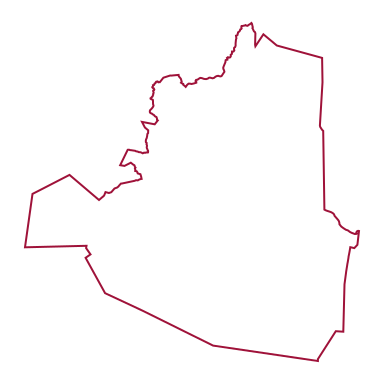 outline of Santiago Laollaga, Oaxaca, Mexico
{"feature_id": "50627088B88558586177583", "entity_name": "Santiago Laollaga", "entity_type": "district", "adm_level": 2, "iso_a3": "MEX", "parent_name": "Mexico", "parent_adm1": "Oaxaca", "projection": "mercator", "projection_center": [-95.271, 16.634], "detail": "fine", "context": "isolated", "style": "outline", "palette": "rose", "viewbox_px": 384, "rotation_deg": 0, "n_neighbors": 0, "source": "geoboundaries", "source_scale": "gbopen_adm2", "svg_char_len": 4005}
<svg xmlns="http://www.w3.org/2000/svg" viewBox="0 0 384 384"><path d="M263.4,34.3L255.4,46.3L255.1,44.8L255.4,33.3L254.9,32.0L254.0,31.4L253.5,30.4L253.0,29.2L252.4,28.1L252.8,27.2L252.4,25.8L252.2,24.9L252.0,23.9L251.4,23.0L249.8,24.3L248.6,24.9L247.6,25.8L246.2,25.6L245.6,25.1L244.7,25.5L243.2,25.8L242.5,26.0L241.6,26.0L241.3,27.0L241.6,28.5L241.1,29.1L240.2,29.5L240.0,30.5L239.4,31.4L238.6,32.0L238.0,32.4L238.0,33.0L237.6,34.0L237.6,34.8L237.4,35.0L236.8,35.5L236.0,35.7L236.2,37.1L236.4,38.5L236.0,39.3L235.8,41.3L235.6,43.3L235.6,44.7L235.6,45.7L235.1,47.1L234.2,47.7L234.0,49.0L234.3,50.5L233.5,51.5L232.0,51.5L231.9,53.9L230.7,54.8L230.8,56.2L230.2,57.3L229.1,57.6L227.9,57.2L227.0,57.9L227.5,58.9L227.4,59.7L226.4,59.8L225.7,60.1L225.5,61.0L225.4,62.2L223.6,66.5L223.2,67.9L223.5,69.3L224.0,70.2L224.4,71.8L223.3,73.4L221.6,76.0L220.7,76.4L219.3,76.2L218.2,75.8L216.7,76.1L215.5,76.7L214.0,77.9L212.6,78.3L211.0,77.9L209.9,77.6L208.9,77.8L207.8,78.6L206.1,79.1L204.0,78.9L201.8,78.1L200.2,77.9L198.7,78.8L197.5,79.7L196.1,79.9L195.6,80.7L195.6,81.3L196.3,81.9L196.3,82.7L195.3,83.0L194.1,83.4L192.8,83.7L191.5,84.0L190.2,83.7L188.5,83.7L187.2,84.8L185.7,86.9L184.9,86.1L183.2,84.7L183.2,83.9L182.2,83.5L181.0,82.7L181.7,81.7L181.1,79.6L180.8,78.7L179.9,77.6L178.8,76.3L178.6,74.9L171.1,75.6L170.2,75.5L163.4,77.7L159.8,82.2L159.0,82.1L158.4,82.3L157.7,81.5L157.2,81.4L156.8,81.8L156.1,81.8L155.6,82.5L155.5,83.1L154.5,83.6L154.3,84.6L154.1,84.9L153.0,85.2L153.1,85.7L152.9,86.3L152.7,86.8L152.4,86.9L152.3,87.4L153.1,88.2L153.7,88.3L154.3,89.5L154.0,90.2L153.2,90.6L153.2,91.4L153.6,92.3L153.6,93.0L153.2,93.6L153.2,94.8L152.8,95.3L152.8,95.9L152.3,96.8L151.8,97.0L151.1,97.9L150.5,98.3L150.6,98.8L151.4,99.3L152.5,99.6L152.8,99.8L153.0,100.8L153.0,101.9L153.0,103.0L153.1,104.3L153.4,105.2L153.5,105.8L153.1,106.7L152.5,107.6L151.7,108.6L151.2,109.1L150.1,110.2L149.8,111.1L149.9,112.3L150.5,113.1L151.9,113.6L152.6,114.3L153.8,114.9L154.9,116.2L155.5,116.6L156.4,117.0L156.8,118.0L157.0,118.8L157.0,119.8L157.8,120.4L154.7,124.3L142.0,121.9L144.9,127.5L148.2,130.3L148.1,133.1L147.4,133.9L147.1,136.3L146.9,137.1L146.7,138.1L146.5,138.5L146.0,139.6L145.8,141.0L145.9,142.2L146.7,143.0L146.5,144.4L146.9,145.1L147.0,145.9L146.9,146.5L146.7,147.1L146.8,147.7L146.9,148.3L147.3,149.0L147.6,150.0L148.0,150.6L148.1,151.0L148.1,151.6L148.0,152.4L147.5,152.5L146.8,152.4L146.2,152.4L145.8,152.7L144.8,152.8L144.1,152.6L143.5,153.0L142.7,153.3L141.8,152.8L140.7,152.3L139.8,152.2L138.6,152.1L138.0,151.7L137.3,151.5L136.0,151.3L135.2,150.8L133.8,150.6L131.2,150.2L130.0,150.1L129.0,149.7L127.7,149.8L120.2,165.2L124.5,165.9L130.8,162.7L132.2,163.8L133.3,164.7L134.0,165.0L134.5,165.4L134.7,166.1L134.8,166.8L135.5,167.6L134.9,168.6L135.3,169.6L135.2,171.0L136.6,171.2L137.4,172.3L137.7,173.4L139.3,173.9L140.4,174.2L140.8,175.5L141.1,176.4L141.4,177.9L141.6,178.9L140.8,179.0L139.3,179.5L137.8,180.4L136.0,180.2L134.7,180.8L122.0,183.5L120.9,183.6L119.0,185.7L118.4,186.5L117.2,187.5L115.3,188.2L114.5,188.5L111.3,192.2L108.9,193.0L105.5,192.1L104.1,195.6L99.0,200.0L86.2,189.1L69.5,174.9L38.8,190.7L32.5,193.9L25.0,247.3L86.5,245.8L86.1,248.1L90.5,254.4L85.6,257.8L105.1,293.2L142.6,310.7L192.7,335.5L213.1,345.6L317.9,361.0L317.9,359.1L335.8,331.2L343.3,331.7L344.5,284.3L345.9,273.8L346.2,271.4L346.6,268.9L347.1,265.8L347.5,263.2L347.6,262.9L348.0,260.6L348.3,258.7L348.4,258.2L348.6,256.4L348.9,255.0L349.5,251.9L349.9,249.6L350.3,247.2L351.3,247.4L354.3,248.1L357.4,244.8L359.0,231.0L358.6,230.9L357.9,230.9L356.9,231.4L356.3,232.5L356.9,233.6L356.3,233.9L354.8,234.0L351.6,232.8L350.0,232.0L347.9,230.4L345.8,229.7L343.8,228.4L342.8,227.7L341.2,226.5L340.6,225.7L340.3,225.3L339.5,224.4L339.4,223.3L339.2,222.1L338.6,220.6L337.3,219.0L335.3,216.7L334.6,215.9L334.0,214.3L333.0,213.3L331.4,212.3L329.8,211.7L327.3,210.9L325.7,210.3L324.4,209.6L323.2,130.9L322.0,129.7L320.2,126.9L319.9,125.6L322.5,82.3L322.1,57.9L276.8,45.5L263.4,34.3Z" fill="none" stroke="#9f1239" stroke-width="2"/></svg>